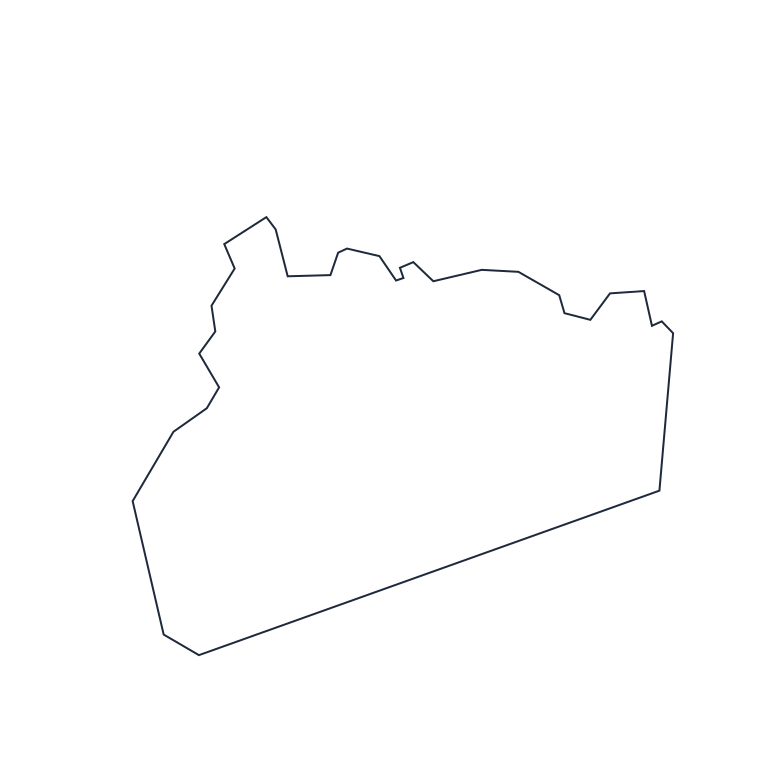 the district of Twic, Northern Bahr el Ghazal, South Sudan, rotated 161°
{"feature_id": "79223893B10116449599990", "entity_name": "Twic", "entity_type": "district", "adm_level": 2, "iso_a3": "SSD", "parent_name": "South Sudan", "parent_adm1": "Northern Bahr el Ghazal", "projection": "orthographic", "projection_center": [28.357, 9.063], "detail": "fine", "context": "isolated", "style": "outline", "palette": "slate", "viewbox_px": 768, "rotation_deg": 161, "n_neighbors": 0, "source": "geoboundaries", "source_scale": "gbopen_adm2", "svg_char_len": 584}
<svg xmlns="http://www.w3.org/2000/svg" viewBox="0 0 768 768"><g transform="rotate(161 384 384)"><path d="M94.1,337.9L101.0,352.8L111.7,351.8L107.8,387.2L140.8,396.1L168.0,377.5L190.3,392.2L189.4,410.9L220.4,446.3L254.4,460.1L303.9,465.1L316.6,489.7L331.1,488.7L331.1,477.9L338.9,477.9L346.7,506.4L374.9,524.1L384.6,523.1L399.2,504.4L440.0,517.2L436.1,565.4L440.9,580.1L489.5,568.3L487.6,541.8L521.6,514.2L526.4,488.6L548.8,472.9L541.0,434.5L559.4,418.8L598.6,407.4L659.8,355.1L673.9,218.8L647.3,187.9L158.3,193.5L94.1,337.9Z" fill="none" stroke="#1e293b" stroke-width="2"/></g></svg>